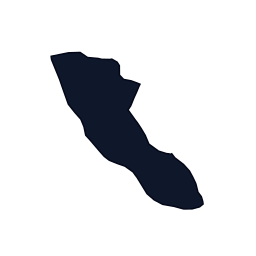 Ifedayo, Osun, Nigeria, rotated 112°
{"feature_id": "59680162B7861486631755", "entity_name": "Ifedayo", "entity_type": "district", "adm_level": 2, "iso_a3": "NGA", "parent_name": "Nigeria", "parent_adm1": "Osun", "projection": "equal_earth", "projection_center": [4.991, 7.987], "detail": "fine", "context": "isolated", "style": "filled", "palette": "ink", "viewbox_px": 256, "rotation_deg": 112, "n_neighbors": 0, "source": "geoboundaries", "source_scale": "gbopen_adm2", "svg_char_len": 1096}
<svg xmlns="http://www.w3.org/2000/svg" viewBox="0 0 256 256"><g transform="rotate(112 128 128)"><path d="M91.0,225.8L93.3,224.4L108.3,209.8L114.5,204.4L117.8,201.5L128.3,192.2L133.5,183.0L136.7,176.6L137.4,175.1L143.3,169.3L150.5,164.5L153.7,157.9L159.9,146.0L163.2,139.4L163.6,138.0L164.9,133.3L164.9,124.5L164.5,116.5L164.6,116.2L165.7,111.5L166.6,107.8L166.8,106.9L169.1,103.3L170.4,101.1L181.8,85.7L184.8,76.9L185.8,67.3L183.4,56.0L182.2,46.1L178.9,38.2L174.3,32.1L170.4,29.9L168.1,31.2L164.2,34.3L161.3,39.1L155.1,43.6L154.1,44.4L153.7,44.8L149.2,49.7L144.9,54.9L141.0,62.9L138.1,73.4L135.5,77.8L136.3,78.5L136.7,80.7L137.3,82.7L137.5,85.1L138.0,91.0L135.1,102.6L129.4,108.3L128.5,109.1L127.0,111.1L123.5,115.7L119.7,121.2L117.5,124.9L112.0,133.5L111.4,134.8L106.4,133.8L104.5,133.8L102.0,133.8L99.0,133.8L97.5,133.8L93.1,133.6L90.1,133.5L86.0,133.5L82.9,133.3L82.9,136.7L83.1,142.7L84.6,150.3L82.1,155.8L73.4,159.4L71.0,162.8L70.2,168.8L71.3,170.6L74.2,178.2L74.7,181.7L77.8,191.9L75.9,200.7L80.6,211.4L90.3,226.1L91.0,225.8Z" fill="#0f172a" stroke="#020617" stroke-width="1.5"/></g></svg>